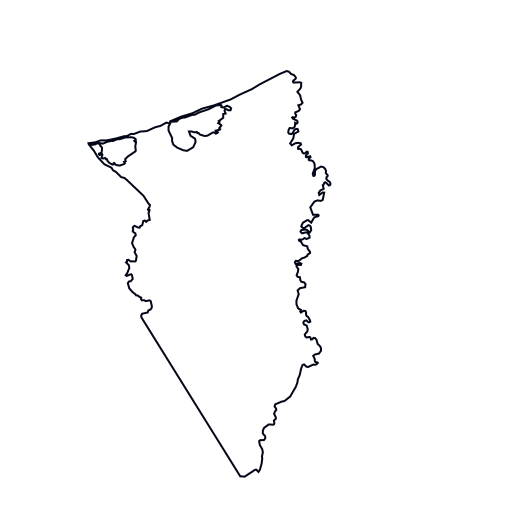 the district of Brus Laguna, Gracias a Dios, Honduras, rotated 328°
{"feature_id": "27666195B63914214220022", "entity_name": "Brus Laguna", "entity_type": "district", "adm_level": 2, "iso_a3": "HND", "parent_name": "Honduras", "parent_adm1": "Gracias a Dios", "projection": "albers", "projection_center": [-84.625, 15.441], "detail": "fine", "context": "isolated", "style": "outline", "palette": "ink", "viewbox_px": 512, "rotation_deg": 328, "n_neighbors": 0, "source": "geoboundaries", "source_scale": "gbopen_adm2", "svg_char_len": 6102}
<svg xmlns="http://www.w3.org/2000/svg" viewBox="0 0 512 512"><g transform="rotate(328 256 256)"><path d="M126.3,247.2L125.9,434.5L129.5,437.1L141.8,436.8L143.0,437.3L143.7,440.4L146.2,439.2L150.8,435.0L154.2,430.8L154.6,429.4L157.8,426.1L158.9,423.2L159.1,418.3L160.5,414.7L162.0,414.4L165.2,416.3L167.3,415.5L168.3,413.6L167.7,410.2L169.2,407.8L171.8,406.0L177.5,405.6L181.4,408.3L182.2,408.2L183.2,407.2L183.9,405.1L186.7,404.5L187.3,403.3L187.7,399.4L190.1,397.7L191.5,397.4L192.2,396.0L192.0,393.5L193.7,392.0L200.8,393.1L203.2,394.1L210.5,393.3L220.5,388.0L224.1,385.2L226.1,382.8L230.0,380.1L234.7,375.3L237.7,373.1L239.3,373.4L240.1,376.5L241.2,377.7L247.3,378.5L248.3,379.5L249.8,379.9L251.7,379.5L251.5,378.5L250.2,377.3L250.2,376.3L251.2,374.6L251.6,371.0L253.5,370.7L257.7,372.1L260.9,370.8L262.3,368.6L262.5,366.4L261.7,363.3L262.9,359.1L262.6,356.9L261.4,355.9L259.6,356.5L258.4,356.0L258.9,353.8L258.6,353.1L255.7,351.9L255.2,350.2L255.8,348.3L259.3,347.3L261.0,345.7L262.1,341.9L260.4,339.2L261.0,337.3L262.8,336.7L264.7,337.4L265.2,339.8L266.0,340.4L267.2,340.5L267.7,339.1L267.9,335.2L267.2,334.0L267.3,332.3L268.6,330.3L268.8,328.8L267.3,327.7L264.1,327.7L264.1,326.5L265.6,325.5L264.0,322.8L264.7,318.5L266.6,315.3L271.9,311.1L273.1,307.2L276.3,306.6L281.1,308.5L283.1,306.1L282.8,303.8L280.8,301.9L280.8,300.0L282.0,297.3L280.3,295.8L280.2,293.9L283.1,291.7L285.0,289.5L284.8,286.3L285.4,285.6L286.4,285.6L289.4,287.4L290.4,286.5L289.3,285.0L285.4,283.7L285.6,282.0L287.1,281.2L289.5,282.8L294.0,282.3L296.0,283.0L299.4,283.1L300.5,282.2L303.5,282.1L304.0,281.1L303.7,277.3L304.6,275.0L301.6,271.7L301.8,267.5L300.8,266.3L300.8,265.1L301.5,264.9L302.5,265.9L304.3,266.6L306.7,266.5L307.9,268.4L311.2,268.9L312.1,267.1L312.0,264.0L311.2,262.5L307.1,261.2L306.6,259.0L307.5,258.2L308.7,258.2L312.0,259.8L313.2,261.3L314.0,264.5L316.4,263.5L317.8,260.5L317.8,259.0L316.8,257.6L311.9,257.9L310.7,257.0L310.0,255.1L311.1,254.0L313.6,252.6L318.2,252.7L319.2,253.2L320.5,257.0L325.8,254.1L330.0,255.2L330.7,254.7L330.5,253.8L326.2,251.3L327.8,243.5L334.4,240.8L337.8,241.5L340.1,243.6L342.3,243.8L347.4,238.4L346.1,237.4L342.0,237.8L342.7,235.6L345.3,234.5L349.0,234.9L350.2,231.3L351.1,231.3L352.9,230.0L353.8,230.2L354.3,231.2L355.2,234.9L356.3,235.1L357.4,234.4L357.8,232.1L356.8,230.2L356.5,228.0L357.4,226.6L358.9,226.3L359.6,225.5L359.1,222.7L360.6,220.7L360.8,218.5L360.2,216.3L358.5,214.6L352.6,214.3L350.7,215.7L349.0,218.4L347.8,218.9L347.1,218.4L347.7,216.3L352.5,212.6L354.5,208.8L354.6,206.0L353.6,204.3L351.9,203.1L351.7,202.3L352.4,201.4L354.6,201.1L354.8,200.1L351.1,199.0L350.8,198.4L351.6,197.2L354.5,196.4L355.0,195.0L354.5,194.5L351.6,194.8L350.6,194.1L350.3,193.1L350.7,189.4L349.9,188.2L348.5,187.6L349.0,186.3L349.9,185.8L353.3,185.3L353.6,184.0L351.4,182.2L348.9,181.2L345.0,181.1L344.6,178.6L350.0,176.0L353.0,172.6L357.9,172.9L358.6,170.9L358.3,170.1L357.2,169.5L355.4,169.4L352.0,171.2L350.6,171.4L348.8,169.7L348.8,168.3L350.5,166.3L352.4,165.3L354.5,167.0L356.2,167.2L357.6,166.7L359.8,163.8L360.6,165.3L361.7,165.1L362.5,164.0L362.5,162.9L360.1,159.2L360.0,157.8L360.8,157.7L362.0,158.9L363.5,159.0L364.7,158.0L364.7,156.1L365.4,155.0L368.9,155.6L371.1,154.8L371.8,150.6L374.5,151.4L376.7,150.7L377.1,147.2L378.6,143.1L378.1,138.7L382.4,137.5L384.0,136.3L386.1,133.1L385.2,131.9L379.7,128.8L379.7,127.8L380.4,127.1L383.1,126.8L384.1,126.3L384.4,125.4L384.1,122.6L382.2,120.3L381.6,117.2L380.0,115.4L372.8,114.2L350.0,112.4L341.0,112.3L327.4,110.5L317.5,109.8L300.2,106.0L288.2,102.4L277.6,101.2L266.1,98.1L254.6,96.3L254.3,96.7L260.1,99.9L261.0,99.7L259.7,98.4L266.9,99.7L269.2,100.9L276.9,102.6L278.7,103.7L284.4,104.2L293.4,106.4L301.6,107.1L306.3,109.4L306.5,110.2L305.5,111.3L307.0,112.8L311.1,113.3L312.8,115.8L313.2,117.6L311.6,118.9L309.8,117.8L308.3,115.3L307.6,115.0L306.3,116.2L305.7,119.1L303.4,118.2L301.4,121.5L295.9,121.8L296.1,123.0L294.4,123.3L295.8,126.3L295.7,127.1L292.5,128.1L292.3,128.9L292.7,129.5L292.1,129.7L288.2,128.3L287.9,129.1L289.2,130.3L289.2,131.0L287.6,131.2L286.7,130.9L286.0,129.1L285.1,128.4L278.6,128.2L276.1,127.1L272.8,123.3L272.4,121.2L271.4,120.7L271.5,119.4L269.4,118.6L267.2,116.1L265.1,114.9L264.2,119.4L266.5,124.2L265.2,127.3L260.4,130.5L253.2,130.3L250.3,127.7L246.7,122.5L244.9,117.8L245.8,113.9L247.4,111.5L248.3,103.3L250.5,99.8L253.3,98.2L250.7,95.4L243.8,95.0L238.8,93.4L229.6,92.2L223.7,89.1L217.3,87.9L214.6,86.2L210.2,85.9L207.8,84.6L199.1,82.0L190.5,78.8L185.5,75.6L180.2,74.5L173.7,71.6L173.5,72.8L181.7,76.1L185.8,79.6L190.3,80.3L194.5,81.8L195.4,82.6L200.0,83.4L202.6,84.8L208.0,86.2L213.3,89.3L215.2,91.2L215.9,93.3L215.4,93.9L213.8,93.8L213.8,94.6L214.8,95.3L214.6,95.9L211.7,99.1L209.9,102.9L209.2,103.4L200.0,103.7L196.4,104.5L195.7,106.6L194.0,106.2L194.0,107.8L192.9,108.1L188.3,107.1L185.8,104.8L185.2,103.7L185.1,102.0L184.5,101.8L183.7,102.8L182.7,102.4L181.0,99.4L180.5,97.0L180.8,94.6L180.0,94.4L180.0,92.9L178.0,92.3L176.9,91.0L179.4,88.7L179.4,88.0L176.9,87.5L176.7,86.7L177.1,86.0L179.7,86.6L181.7,84.3L182.9,82.2L182.4,79.8L183.1,78.5L181.1,76.2L178.6,76.1L173.5,73.7L174.3,80.8L174.2,88.5L176.0,97.8L180.2,104.5L180.2,107.6L181.7,110.3L183.5,117.7L185.8,120.1L186.9,123.6L192.5,145.4L192.6,154.4L193.1,156.6L191.7,157.9L189.0,159.3L189.0,160.0L190.0,160.5L189.0,161.8L187.8,162.3L185.0,169.1L182.8,168.4L180.9,168.8L180.4,166.9L179.0,166.6L175.8,169.6L173.6,169.4L172.4,170.3L171.3,169.6L168.9,166.0L166.7,166.4L165.7,168.7L164.7,169.4L164.7,170.8L165.7,172.8L165.0,174.7L162.4,175.4L157.7,179.4L157.0,183.5L157.2,186.2L157.0,186.9L155.1,188.4L154.8,192.8L151.6,196.4L150.7,196.6L146.7,194.0L145.8,191.6L144.5,191.1L143.6,192.5L142.4,192.6L143.3,196.4L142.3,198.9L138.2,202.0L135.3,203.3L135.8,204.4L140.4,205.2L140.7,206.4L139.3,210.1L136.5,211.0L134.6,210.3L132.9,211.1L131.4,216.2L132.2,221.2L133.4,224.4L133.4,225.8L134.9,227.0L135.4,228.8L136.6,230.5L135.6,231.7L135.7,233.1L137.6,234.1L138.6,235.8L142.3,237.3L142.8,238.5L141.0,243.6L139.9,244.8L138.1,245.5L135.9,245.1L134.2,246.5L128.8,244.6L127.2,245.6L126.3,247.2Z" fill="none" stroke="#020617" stroke-width="2"/></g></svg>